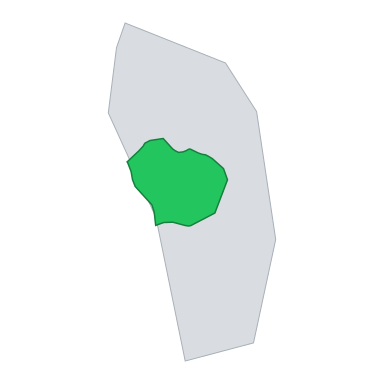 Saint Joseph highlighted on a map of Dominica
{"feature_id": "DMA-1436", "entity_name": "Saint Joseph", "entity_type": "Parish", "adm_level": 1, "iso_a3": "DMA", "parent_name": "Dominica", "parent_adm1": "", "projection": "robinson", "projection_center": [-61.392, 15.442], "detail": "fine", "context": "in_parent", "style": "filled", "palette": "green", "viewbox_px": 384, "rotation_deg": 0, "n_neighbors": 0, "source": "natural_earth", "source_scale": "10m", "svg_char_len": 755}
<svg xmlns="http://www.w3.org/2000/svg" viewBox="0 0 384 384"><path d="M253.5,342.9L185.2,361.0L155.9,217.3L108.3,112.9L116.5,47.7L125.1,23.0L225.5,63.0L256.6,111.6L275.7,239.5L253.5,342.9Z" fill="#d9dde1" stroke="#a8b0b8" stroke-width="1"/><path d="M155.7,225.4L154.2,212.2L151.9,204.9L135.2,186.5L132.5,179.6L131.1,171.6L127.9,163.2L127.1,161.9L138.8,150.9L143.3,146.0L144.0,144.6L145.0,143.1L150.0,140.5L163.2,138.5L172.5,148.8L175.1,150.7L178.6,152.4L182.9,151.9L185.9,150.8L188.8,149.2L189.6,149.0L190.5,149.2L198.1,152.9L200.8,153.9L203.1,154.5L205.3,154.7L208.1,156.1L212.4,158.7L223.5,168.6L227.5,179.8L214.9,213.0L190.6,225.7L188.3,226.0L185.2,225.5L172.8,222.2L163.8,222.5L155.7,225.4Z" fill="#22c55e" stroke="#15803d" stroke-width="1.5"/></svg>